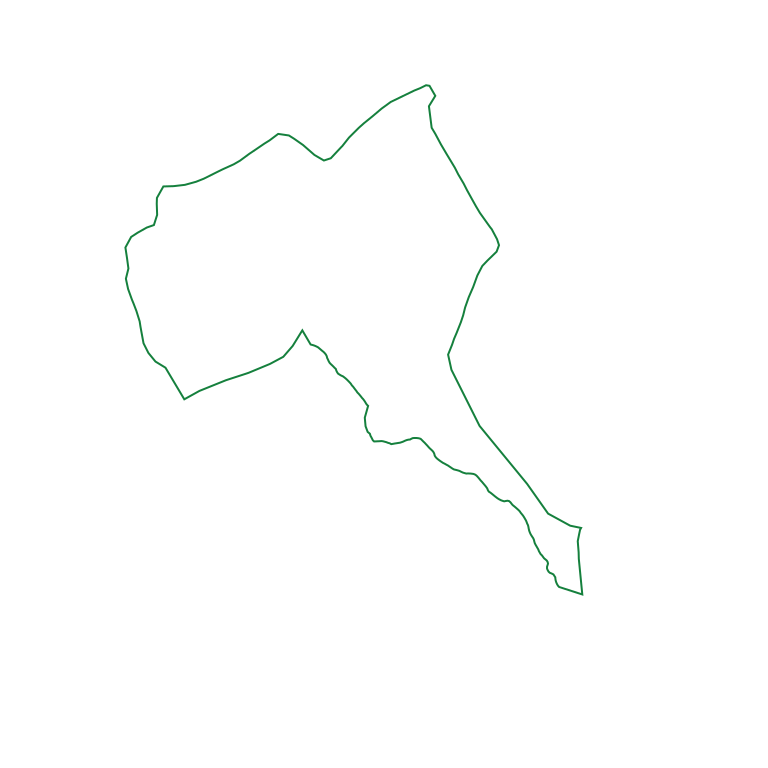 outline of Dhibain, Amran, Yemen, rotated 60°
{"feature_id": "15242507B1655282160159", "entity_name": "Dhibain", "entity_type": "district", "adm_level": 2, "iso_a3": "YEM", "parent_name": "Yemen", "parent_adm1": "Amran", "projection": "orthographic", "projection_center": [44.211, 16.011], "detail": "fine", "context": "isolated", "style": "outline", "palette": "green", "viewbox_px": 768, "rotation_deg": 60, "n_neighbors": 0, "source": "geoboundaries", "source_scale": "gbopen_adm2", "svg_char_len": 4053}
<svg xmlns="http://www.w3.org/2000/svg" viewBox="0 0 768 768"><g transform="rotate(60 384 384)"><path d="M607.2,285.3L599.8,293.6L578.3,306.7L542.1,310.0L468.1,322.2L405.4,318.5L390.6,313.8L384.1,305.5L379.9,300.7L376.1,295.6L368.9,286.5L364.1,281.1L358.3,275.5L351.2,267.2L344.6,258.3L336.7,248.9L330.9,239.8L328.8,232.6L325.7,220.3L321.3,215.0L315.1,213.7L303.9,213.3L301.2,213.7L296.2,214.2L283.7,215.4L276.2,215.5L269.0,215.4L257.8,215.2L250.2,214.8L239.5,214.9L232.2,214.5L226.0,214.6L215.8,214.8L205.1,214.9L193.0,214.5L185.9,214.6L165.9,206.2L160.1,195.5L148.5,195.5L146.3,198.2L145.9,204.7L145.0,211.1L143.1,237.1L144.3,248.4L146.4,260.0L148.1,270.8L149.5,277.6L153.1,291.1L157.2,301.4L157.3,302.0L161.9,317.2L160.4,324.3L150.9,329.7L143.9,332.1L136.6,334.6L126.7,339.2L121.2,342.1L114.5,350.6L115.8,361.3L116.0,367.4L116.8,378.0L117.3,385.5L118.6,397.1L118.6,404.3L117.4,416.5L117.0,422.5L116.1,437.4L114.9,445.6L112.0,456.8L107.5,467.2L102.6,476.3L109.3,487.6L114.3,490.7L124.1,495.9L131.3,503.8L129.9,511.2L129.8,521.6L130.2,529.4L130.5,529.9L136.5,539.7L146.7,543.7L156.2,547.6L163.8,554.9L173.7,558.1L184.8,560.1L189.3,560.7L196.9,561.9L207.6,564.3L212.5,566.2L217.5,568.0L228.5,571.9L239.3,572.5L250.3,570.7L260.6,565.1L297.4,564.6L297.7,547.3L301.7,519.0L306.1,498.2L306.6,495.7L309.6,472.7L310.1,457.6L306.3,446.7L305.4,444.1L297.7,429.8L296.7,427.9L299.7,427.9L313.1,427.8L313.9,427.0L315.1,425.8L316.4,424.7L317.8,423.7L319.2,422.8L321.1,422.1L322.8,421.5L324.5,420.9L326.0,420.3L327.6,419.9L329.4,419.6L331.3,419.7L333.0,420.2L334.7,420.3L336.5,420.5L338.5,420.5L340.2,420.1L341.8,419.6L343.6,419.1L345.3,418.7L346.9,418.2L348.6,418.6L350.3,418.7L352.0,418.6L353.8,417.7L355.4,416.8L356.7,415.8L358.3,415.1L359.8,414.5L361.7,413.9L363.6,413.4L365.2,413.0L367.0,412.6L369.2,412.5L370.8,412.1L372.5,411.9L374.2,411.7L376.3,411.4L378.0,411.3L379.9,410.8L381.6,410.5L383.4,410.2L385.0,410.0L386.7,409.6L386.8,409.6L388.4,409.4L390.2,409.3L392.3,409.3L394.0,409.0L395.0,408.7L403.6,417.5L411.4,421.1L417.3,422.1L420.0,421.1L420.4,421.2L422.1,421.6L423.8,421.6L425.5,421.7L427.2,421.8L428.8,421.3L429.6,419.8L430.5,418.0L431.4,416.3L432.1,414.8L433.1,413.5L434.2,412.4L435.5,411.1L436.9,410.0L438.2,408.7L439.7,407.8L440.4,405.9L441.0,404.2L441.6,402.7L442.2,401.1L442.8,399.6L443.2,397.8L443.5,396.1L443.6,394.4L443.9,392.4L444.4,390.7L445.1,389.2L445.1,387.5L445.3,386.0L446.2,384.2L447.2,382.6L448.4,381.0L449.8,379.7L451.5,379.2L453.5,378.7L455.1,378.2L456.9,377.8L459.0,377.3L460.6,377.0L462.4,376.6L464.6,375.9L466.4,375.4L468.1,375.2L469.8,375.4L471.4,375.9L473.3,375.8L474.9,375.4L476.5,374.8L478.4,374.0L480.3,373.1L481.9,372.3L483.2,371.4L485.1,370.3L486.5,369.4L488.2,368.6L489.8,367.8L491.5,367.0L493.0,366.1L494.3,364.7L495.7,363.3L497.0,362.1L498.4,361.2L500.0,360.1L501.2,359.0L502.6,357.6L503.5,356.0L504.5,354.3L505.6,352.8L506.7,351.4L508.3,350.2L509.9,349.6L512.2,349.1L514.1,348.8L516.0,348.5L517.6,348.1L519.9,347.7L522.1,347.3L523.9,347.0L524.1,347.0L526.0,346.8L527.8,347.1L528.7,347.1L529.7,347.0L531.2,346.2L533.2,345.4L535.6,344.5L537.2,343.9L538.6,343.3L539.6,342.9L541.3,342.0L543.2,340.8L544.5,339.7L545.7,338.6L546.3,336.8L546.9,335.3L548.0,334.2L549.8,333.6L551.6,333.4L553.2,333.1L555.0,332.4L556.6,331.8L558.1,331.3L560.2,330.6L562.1,330.1L563.9,330.0L565.6,329.7L567.5,329.4L569.8,329.3L571.5,329.3L573.2,329.3L574.8,329.5L576.5,329.8L578.3,329.9L580.0,330.4L581.6,331.0L583.6,331.6L585.3,331.9L587.1,332.1L588.8,332.1L590.6,332.0L592.0,331.9L592.4,331.9L594.0,332.1L595.6,332.6L597.2,333.0L599.0,333.1L600.9,333.1L602.6,333.1L604.4,333.1L606.1,333.4L607.9,333.4L609.7,333.4L611.4,332.9L613.4,332.7L615.1,332.5L616.6,331.9L618.3,331.3L620.0,331.3L621.6,331.8L622.7,333.0L623.8,334.2L625.4,335.1L627.1,335.3L628.8,335.3L630.4,334.8L631.9,333.6L633.6,332.5L635.3,332.4L636.1,332.4L637.0,332.3L638.5,333.0L640.1,333.6L641.9,334.0L643.6,334.2L645.6,334.2L647.4,333.8L665.4,317.5L632.8,302.7L627.1,299.6L617.0,294.8L611.4,289.9L608.3,287.1L607.2,285.3Z" fill="none" stroke="#15803d" stroke-width="2"/></g></svg>